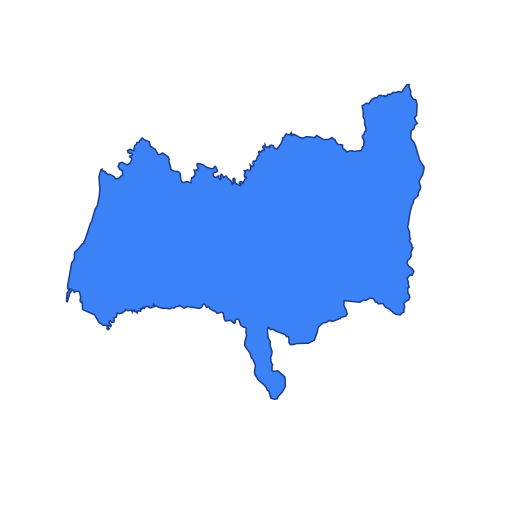 the district of López, Cauca, Colombia, rotated 345°
{"feature_id": "7082276B33539636068872", "entity_name": "López", "entity_type": "district", "adm_level": 2, "iso_a3": "COL", "parent_name": "Colombia", "parent_adm1": "Cauca", "projection": "natural_earth1", "projection_center": [-77.202, 2.962], "detail": "fine", "context": "isolated", "style": "filled", "palette": "blue", "viewbox_px": 512, "rotation_deg": 345, "n_neighbors": 0, "source": "geoboundaries", "source_scale": "gbopen_adm2", "svg_char_len": 6121}
<svg xmlns="http://www.w3.org/2000/svg" viewBox="0 0 512 512"><g transform="rotate(345 256 256)"><path d="M448.3,130.1L446.2,129.5L439.1,135.4L435.9,133.9L434.1,134.3L430.4,133.5L428.4,134.7L425.0,134.0L424.2,135.3L423.1,134.9L421.9,135.5L421.2,134.2L419.5,134.3L418.3,133.0L416.4,132.9L413.6,134.5L411.7,133.9L408.4,134.7L404.5,138.0L402.3,137.0L397.6,138.4L397.0,140.1L397.3,142.4L395.5,149.5L396.2,152.8L394.8,157.2L395.5,159.8L394.5,163.8L393.2,164.1L391.5,166.7L390.0,167.2L389.4,168.9L390.4,173.1L389.8,173.4L389.9,174.5L389.3,174.8L388.5,177.3L386.6,178.5L386.8,179.4L384.6,181.3L378.2,180.4L375.4,178.9L370.6,178.9L369.4,176.3L367.6,174.7L368.3,171.1L363.8,169.2L362.6,166.2L362.6,164.5L360.1,161.2L356.7,162.2L351.5,161.1L345.8,155.3L343.1,156.7L335.9,153.8L331.6,154.2L329.4,153.1L324.8,148.8L324.1,149.0L323.3,147.9L321.7,148.6L322.0,146.0L320.1,147.4L318.2,147.0L317.0,145.9L315.7,146.5L314.2,148.5L312.1,149.0L311.7,150.7L308.9,154.3L303.7,158.1L301.6,156.5L301.2,153.8L299.9,153.0L298.3,152.7L297.2,154.6L296.6,153.6L293.9,153.7L293.5,150.8L293.1,151.8L291.2,151.7L290.5,153.2L291.7,153.9L291.4,156.2L289.5,155.5L287.4,156.9L286.5,155.9L285.5,156.1L285.3,159.3L283.2,160.2L281.6,163.0L280.0,164.2L277.9,163.7L276.9,165.8L277.1,168.3L275.1,168.3L274.0,166.5L273.8,169.8L272.8,171.4L271.1,171.6L270.2,170.6L268.7,171.0L266.7,170.5L267.3,172.8L265.9,174.4L265.4,176.3L265.6,176.8L266.9,176.9L267.0,178.1L265.6,178.5L262.2,182.4L261.2,180.3L259.2,180.4L258.8,181.4L260.2,182.7L259.3,184.1L255.1,180.6L254.7,179.3L255.5,176.9L255.0,175.2L253.6,175.8L253.0,179.7L251.8,180.7L251.2,177.0L249.0,174.0L247.8,170.9L245.0,171.7L244.2,168.6L243.5,168.0L242.6,169.2L242.1,172.4L241.2,173.0L240.5,171.8L240.6,168.7L238.2,169.7L236.5,169.2L235.5,167.3L236.4,165.0L237.3,164.3L239.4,164.7L240.9,164.0L240.1,159.0L239.2,158.8L237.8,160.4L235.4,160.1L230.5,156.9L228.7,154.2L224.3,151.7L223.2,151.7L222.4,153.2L223.0,156.5L220.6,157.9L218.5,157.0L218.6,160.7L216.9,163.1L214.2,163.8L212.0,168.4L208.4,166.1L205.2,166.3L203.7,165.3L203.0,163.2L204.2,157.0L203.8,155.8L202.4,154.0L199.2,153.2L196.0,150.1L196.6,147.5L196.3,141.9L197.2,139.9L196.8,137.4L192.4,132.3L189.4,133.1L187.7,132.6L186.2,126.8L182.5,122.6L182.4,118.0L177.9,114.6L176.9,112.7L175.9,112.6L175.0,113.9L173.6,114.3L172.5,115.9L170.4,115.5L169.2,117.4L167.3,117.9L165.9,120.8L165.8,122.7L164.2,122.2L162.0,120.3L159.2,120.9L159.1,122.8L160.4,124.1L162.4,124.5L162.9,126.0L162.5,126.7L159.8,126.8L159.6,127.7L161.1,129.3L161.3,130.4L158.7,133.4L155.0,134.6L150.9,130.9L147.8,131.0L147.8,131.7L145.9,133.9L147.0,137.3L149.0,138.5L148.0,143.6L145.8,143.9L144.7,145.3L140.3,145.2L139.6,143.0L137.6,140.7L135.0,138.9L133.4,138.8L133.2,137.3L131.9,136.4L132.2,135.5L129.7,133.8L129.8,132.2L128.4,132.7L124.7,139.2L122.5,150.9L120.2,157.3L115.8,166.3L112.7,169.1L106.1,180.2L104.6,181.5L95.7,195.2L93.2,198.2L93.4,199.1L91.2,199.4L86.0,203.3L81.8,205.4L80.4,209.3L80.3,210.9L78.4,213.4L76.1,215.0L66.0,236.8L65.7,238.6L66.2,240.0L67.0,240.4L68.1,239.4L68.4,239.8L64.0,242.7L61.2,250.6L61.9,251.3L66.5,243.8L69.9,241.3L70.9,241.9L71.0,244.1L73.8,243.5L76.2,244.9L76.0,250.2L74.4,253.7L74.7,254.8L75.9,255.1L75.4,255.8L76.0,256.8L74.6,262.8L85.0,271.1L86.9,279.1L90.2,283.2L93.8,284.4L93.9,286.4L93.2,287.6L94.2,288.9L95.5,288.2L94.6,286.3L94.9,284.8L95.8,284.8L97.1,286.6L98.1,286.0L98.1,284.6L96.8,282.7L97.4,280.8L98.4,280.8L99.5,282.9L101.5,283.0L102.4,281.8L102.4,279.4L105.4,278.7L107.1,275.2L108.6,276.2L112.0,276.4L115.4,275.0L116.4,273.9L118.2,275.7L121.7,276.2L122.0,277.8L122.4,276.7L123.8,277.6L124.1,276.7L124.8,276.7L124.6,278.1L126.5,280.1L126.5,278.7L128.0,278.6L130.2,279.5L130.6,278.0L131.4,277.9L131.1,277.1L133.2,277.3L133.8,276.4L134.7,277.7L135.5,276.6L138.0,276.3L139.2,276.9L138.8,277.5L140.0,278.7L141.7,278.9L142.0,278.3L143.2,278.7L144.5,276.4L145.1,278.7L146.6,278.2L148.2,280.0L152.8,282.7L155.2,282.9L157.5,284.3L159.8,284.8L161.3,284.2L163.5,285.1L165.1,284.2L168.6,284.6L169.3,283.9L173.0,287.7L176.7,287.1L187.9,292.0L190.3,291.4L192.1,289.1L193.5,289.0L194.1,289.5L194.8,292.8L197.3,293.0L197.8,294.9L200.7,298.0L201.9,298.4L203.5,301.3L208.2,301.5L209.5,302.3L209.1,309.3L209.7,310.9L214.6,311.5L217.6,315.4L218.7,315.1L219.3,312.9L220.2,312.1L222.2,312.1L223.1,314.0L223.3,318.7L225.6,321.6L227.2,322.2L227.9,323.6L226.6,326.9L226.2,330.8L223.0,336.0L221.8,339.5L225.1,348.4L225.1,352.9L226.0,354.6L227.1,360.1L226.9,362.2L224.4,367.8L224.3,370.4L226.2,376.5L230.0,382.0L231.8,385.4L232.2,388.5L233.6,390.2L233.5,397.1L236.7,399.1L239.4,399.4L241.4,397.1L246.2,394.2L250.5,389.6L252.3,382.9L252.4,379.9L247.3,372.5L243.8,372.2L241.8,371.0L242.7,367.3L243.9,365.4L243.1,362.8L243.8,358.0L246.1,354.4L246.8,352.4L246.5,346.5L247.6,342.5L246.6,337.9L247.7,331.1L249.2,328.0L250.3,328.9L250.7,330.8L253.4,331.1L255.2,333.2L263.8,339.5L264.6,341.7L266.4,342.4L266.5,344.3L265.4,348.4L266.1,350.3L268.7,351.2L272.7,351.1L284.0,353.8L290.6,352.4L295.2,345.8L297.7,340.8L303.7,337.9L306.5,338.5L310.2,337.1L311.9,338.7L313.7,339.0L321.4,338.1L322.1,337.1L326.8,337.4L328.2,336.7L329.1,335.5L329.1,332.2L328.1,326.2L329.6,321.9L344.4,327.6L347.0,326.6L351.0,327.2L355.5,326.1L358.7,328.2L359.3,331.1L361.2,332.4L361.9,334.0L366.1,334.6L367.9,339.0L371.0,341.8L375.6,348.3L380.0,350.2L383.0,348.6L384.4,348.5L385.3,345.1L386.4,343.8L386.6,340.0L389.3,338.4L392.1,337.9L393.8,336.0L394.0,333.6L393.2,330.9L394.2,326.6L396.0,325.5L395.8,321.5L396.5,320.8L396.1,317.0L399.6,314.2L401.8,315.1L404.5,311.7L403.6,308.8L400.5,304.6L400.1,301.7L401.4,299.5L403.9,298.3L405.7,296.4L406.8,292.2L409.7,288.7L409.1,287.9L409.3,285.2L408.1,281.0L409.7,279.3L409.3,278.1L410.5,271.9L409.9,266.7L410.9,265.7L415.5,255.0L419.7,247.4L421.2,245.9L423.2,242.2L428.3,239.5L430.0,235.5L431.8,234.2L432.9,232.2L432.7,227.2L433.2,225.5L437.7,221.0L440.6,216.0L441.4,213.3L438.9,206.2L438.6,190.9L438.1,187.1L436.2,183.4L436.2,181.3L438.2,175.3L441.6,173.8L443.2,170.8L446.3,169.6L445.2,167.0L444.9,163.5L447.5,161.7L450.8,151.4L450.8,146.7L448.3,144.9L447.0,140.5L448.2,136.8L447.5,132.3L448.3,130.1Z" fill="#3b82f6" stroke="#1e3a8a" stroke-width="1.5"/></g></svg>